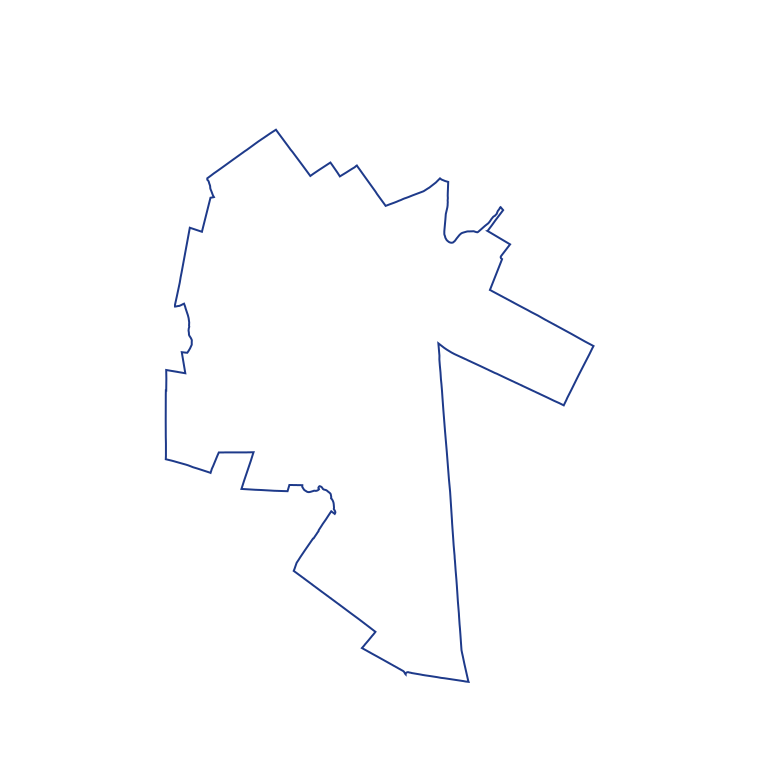 outline of Albesti-Paleologu, Prahova, Romania, rotated 45°
{"feature_id": "2599482B19983322409894", "entity_name": "Albesti-Paleologu", "entity_type": "district", "adm_level": 2, "iso_a3": "ROU", "parent_name": "Romania", "parent_adm1": "Prahova", "projection": "equal_earth", "projection_center": [26.24, 44.93], "detail": "fine", "context": "isolated", "style": "outline", "palette": "blue", "viewbox_px": 768, "rotation_deg": 45, "n_neighbors": 0, "source": "geoboundaries", "source_scale": "gbopen_adm2", "svg_char_len": 6117}
<svg xmlns="http://www.w3.org/2000/svg" viewBox="0 0 768 768"><g transform="rotate(45 384 384)"><path d="M654.4,534.8L653.2,534.2L651.0,532.8L638.8,525.1L632.4,520.9L629.4,519.0L627.0,517.4L626.3,516.8L614.8,506.8L610.5,503.1L607.5,500.6L605.2,498.6L601.2,495.1L599.2,493.3L590.8,486.2L590.2,485.7L586.0,482.0L578.0,475.0L573.6,471.2L566.5,465.2L559.0,458.7L557.4,457.4L555.3,455.5L552.3,453.0L547.3,448.8L541.8,444.0L534.3,437.5L530.4,434.1L528.3,432.2L507.0,413.5L497.1,405.3L476.3,387.5L460.5,374.2L444.1,360.2L434.4,351.8L429.7,347.7L424.5,343.3L420.8,340.3L415.8,335.9L410.6,331.6L405.8,327.5L403.2,324.8L393.7,316.8L400.9,315.9L404.1,315.3L409.5,314.0L412.7,313.0L436.7,304.2L439.7,303.1L445.3,301.1L454.6,297.8L456.4,297.0L465.2,293.9L472.4,291.3L501.8,280.7L509.0,278.1L516.2,275.6L521.4,273.6L526.2,272.0L525.9,271.2L525.8,270.9L524.3,266.5L523.4,264.2L520.6,255.6L516.5,243.5L515.3,239.9L510.9,226.2L508.2,217.7L506.1,211.6L505.3,209.0L496.2,211.8L480.9,216.1L474.5,218.0L469.4,219.5L453.3,224.3L451.6,224.8L444.2,226.8L437.4,229.0L433.2,230.2L430.0,231.2L423.2,233.3L392.4,242.6L392.2,242.1L379.2,212.2L377.9,212.3L377.7,212.3L376.8,211.8L376.6,211.5L376.3,210.6L374.4,196.1L348.9,202.6L349.0,202.4L348.8,200.9L348.1,195.9L347.1,189.8L345.3,176.8L341.4,176.5L341.3,177.1L341.4,177.6L341.7,178.2L341.8,178.8L342.0,179.9L342.1,181.0L342.3,181.6L342.5,182.0L342.6,182.4L343.3,183.8L343.4,184.3L343.4,184.9L343.4,185.5L343.4,186.1L343.5,186.6L343.2,187.5L343.0,188.5L343.1,189.3L343.3,191.3L343.9,194.3L344.1,196.5L343.6,200.8L343.1,208.7L343.0,209.9L342.8,210.6L341.9,211.3L340.4,212.1L339.5,212.5L337.5,214.6L336.6,215.6L335.3,216.9L334.8,217.6L333.4,220.1L332.6,221.6L332.2,222.6L332.1,223.3L332.0,225.1L332.1,226.3L332.4,229.2L332.5,230.0L332.9,232.4L332.9,233.2L332.8,234.2L332.8,234.9L332.5,235.5L332.2,236.0L331.7,236.5L331.2,236.9L330.3,237.4L329.4,237.7L327.7,237.9L327.0,237.9L326.4,237.9L325.8,237.7L324.3,237.3L323.6,237.0L322.9,236.5L321.4,235.8L320.7,235.4L318.6,233.3L311.1,224.3L307.5,220.1L305.7,217.2L303.9,214.3L302.5,212.5L301.6,211.6L300.5,210.3L299.4,209.4L297.7,207.4L296.0,205.9L294.0,203.8L286.5,195.7L285.4,196.3L283.8,197.2L280.0,198.8L279.1,198.9L278.2,199.0L278.2,200.0L278.2,200.8L278.2,201.2L278.2,202.2L278.2,204.9L278.0,206.5L277.3,212.1L277.3,212.3L277.1,213.4L276.7,215.0L275.8,219.2L275.6,219.9L274.2,223.0L272.2,227.4L270.8,230.5L270.0,232.4L269.9,232.6L269.2,234.3L267.7,237.5L267.4,238.0L266.6,239.9L265.8,242.1L265.0,243.8L264.1,246.1L263.0,248.6L261.0,252.9L259.2,256.9L256.9,256.5L244.8,254.6L242.1,254.0L220.2,250.4L214.9,249.5L211.7,249.0L210.3,248.7L210.1,249.6L210.0,251.5L209.1,255.1L207.7,261.4L206.0,268.4L201.9,267.5L192.6,265.8L189.5,265.3L186.6,279.1L185.4,285.3L184.8,289.0L171.7,287.0L158.6,285.1L155.3,284.6L152.0,284.3L150.3,284.0L134.2,281.6L132.1,281.3L127.8,280.6L126.4,287.0L123.7,301.1L123.1,304.8L121.4,315.7L121.0,317.6L118.6,332.2L117.1,341.6L116.1,347.7L115.2,353.0L114.8,355.1L114.2,359.5L113.6,363.5L114.6,364.5L115.7,364.5L116.3,364.6L117.1,364.9L118.7,365.8L120.0,366.4L120.8,366.8L121.2,367.1L121.7,367.5L122.7,368.4L123.8,369.0L125.3,369.6L129.7,371.6L131.6,372.1L131.5,372.3L129.6,375.0L147.6,405.1L136.2,410.8L162.1,448.4L164.7,452.3L168.0,456.9L175.8,468.9L180.2,475.8L181.4,477.0L182.0,476.4L183.1,474.7L184.1,473.4L184.9,471.3L185.2,470.2L185.8,468.6L188.0,469.6L189.2,470.2L190.0,470.7L196.8,474.1L198.3,475.0L199.3,475.6L202.7,478.2L204.9,480.6L205.3,480.9L205.8,481.2L206.7,482.8L208.0,484.4L209.9,485.8L211.3,487.1L212.3,487.5L213.2,487.7L214.7,488.0L216.2,488.5L217.1,488.9L217.7,489.5L218.3,490.2L220.2,492.1L220.4,492.5L221.2,494.7L221.7,496.0L222.5,499.3L222.8,501.0L221.4,502.2L218.5,504.5L235.9,516.9L220.1,528.1L226.2,534.0L234.6,542.6L234.3,542.8L237.1,545.7L255.7,564.4L267.1,575.7L271.8,580.2L280.6,589.0L282.9,591.5L288.1,588.3L290.7,586.8L292.0,586.1L300.9,581.1L303.0,580.0L305.7,578.8L307.8,577.9L311.7,575.8L316.0,573.6L323.9,569.6L324.2,569.5L323.5,568.1L322.2,565.6L321.3,563.1L320.3,560.7L316.8,552.3L315.6,549.2L331.6,533.1L335.3,529.4L340.0,524.5L341.0,526.5L344.1,532.4L353.4,551.2L356.8,557.8L357.3,558.8L357.4,559.0L367.9,549.7L371.9,546.0L382.0,537.0L391.6,528.0L388.5,522.3L397.8,513.3L398.2,513.7L398.7,514.3L398.9,514.5L399.2,514.6L399.9,514.8L400.6,514.9L401.2,515.1L401.8,515.2L402.4,515.3L403.7,515.1L404.4,514.9L405.5,514.7L406.2,514.4L406.7,514.1L407.1,513.8L407.8,513.0L408.4,512.0L409.7,509.6L410.0,508.9L410.3,508.6L410.8,508.2L411.1,508.0L411.5,507.6L411.9,507.0L412.3,506.1L412.5,505.0L412.5,504.5L412.5,504.4L412.2,504.2L411.2,504.0L411.0,503.8L410.7,503.0L410.6,502.6L410.6,502.3L410.7,501.9L410.8,501.7L411.9,501.2L412.8,501.0L413.7,501.1L414.7,501.3L415.1,501.4L415.6,501.3L416.0,501.2L416.5,500.9L417.0,500.6L418.1,500.0L418.5,499.9L419.3,499.7L420.2,499.7L421.5,499.5L422.8,499.4L423.5,499.4L424.0,499.5L424.4,499.7L425.4,500.4L426.2,500.9L426.9,501.5L427.2,502.1L427.3,502.2L427.5,502.3L428.5,502.3L428.8,502.3L429.1,502.4L430.2,502.7L430.9,503.0L431.8,503.4L432.3,503.7L433.4,504.5L436.1,506.8L436.5,507.3L436.7,507.6L436.8,507.8L437.1,508.0L438.3,508.2L438.9,508.4L439.5,508.6L440.0,508.9L440.4,509.2L440.6,509.5L440.8,509.9L441.0,510.7L436.7,511.3L437.8,516.7L438.7,520.9L439.6,526.1L440.3,529.2L441.2,533.5L441.4,534.0L441.7,534.2L441.8,534.5L441.9,535.0L442.0,536.1L442.3,537.3L442.8,540.0L443.1,541.5L443.3,542.6L443.4,542.8L443.3,543.1L443.3,543.3L443.1,543.5L445.7,557.7L447.2,565.4L448.1,569.4L448.4,571.0L448.7,572.3L451.6,578.3L452.3,580.0L470.9,577.2L477.2,576.3L483.2,575.4L486.7,574.9L499.2,573.0L515.4,570.6L520.3,569.9L524.3,569.3L531.5,568.2L547.8,566.0L553.2,565.3L553.3,566.0L553.6,568.7L553.7,570.4L554.3,576.3L554.7,581.6L554.9,582.9L555.1,586.3L567.1,582.9L572.2,581.4L576.8,580.1L599.1,573.8L600.1,573.5L600.6,573.4L601.2,573.3L601.9,573.4L604.1,574.0L604.6,574.0L604.2,573.6L604.1,573.3L603.9,572.7L604.0,572.0L604.4,571.2L604.8,570.7L605.9,570.1L607.3,569.1L607.8,568.9L615.1,563.7L617.2,562.3L619.4,560.7L623.0,558.0L629.0,553.6L632.2,551.4L634.7,549.4L639.3,546.0L650.4,537.8L651.9,536.8L654.4,534.8Z" fill="none" stroke="#1e3a8a" stroke-width="2"/></g></svg>